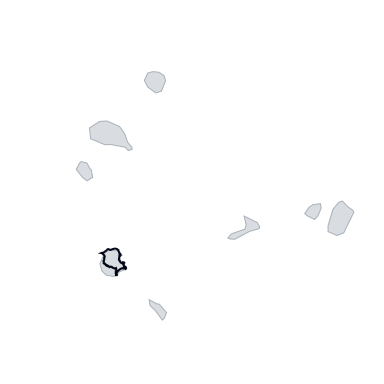 location of Santa Isabel, Boa Vista, Cabo Verde, rotated 144°
{"feature_id": "66160863B6342114798882", "entity_name": "Santa Isabel", "entity_type": "district", "adm_level": 2, "iso_a3": "CPV", "parent_name": "Cabo Verde", "parent_adm1": "Boa Vista", "projection": "robinson", "projection_center": [-22.884, 16.099], "detail": "fine", "context": "in_parent", "style": "outline", "palette": "ink", "viewbox_px": 384, "rotation_deg": 144, "n_neighbors": 0, "source": "geoboundaries", "source_scale": "gbopen_adm2", "svg_char_len": 5157}
<svg xmlns="http://www.w3.org/2000/svg" viewBox="0 0 384 384"><g transform="rotate(144 192 192)"><path d="M242.7,294.7L237.3,304.1L225.3,303.4L219.2,299.5L212.1,287.6L212.3,278.4L214.8,270.4L214.4,263.5L215.4,261.7L219.1,262.9L219.7,267.5L230.5,278.9L234.5,281.2L242.7,294.7ZM88.1,95.2L79.3,97.4L75.7,96.3L74.5,88.1L72.7,82.8L73.1,80.4L93.2,69.8L100.3,71.6L105.2,80.0L101.8,84.7L88.1,95.2ZM290.1,168.2L297.6,170.1L300.4,169.4L305.2,169.8L310.3,175.2L311.3,181.0L308.7,188.1L298.8,194.0L293.1,193.4L286.4,188.0L290.2,177.3L290.1,168.2ZM165.0,310.3L157.9,314.2L153.1,312.5L148.4,308.4L146.2,302.6L148.0,297.5L157.5,291.6L163.1,293.5L166.1,302.7L165.0,310.3ZM185.1,128.6L188.8,131.6L190.0,133.8L184.5,134.9L171.1,130.9L167.6,133.4L164.0,141.9L157.2,129.0L157.7,124.3L159.2,122.9L168.6,126.3L185.1,128.6ZM266.3,281.4L263.8,281.8L260.0,277.2L260.9,270.7L260.5,269.1L263.8,262.2L270.3,262.8L272.0,267.9L272.3,278.3L266.3,281.4ZM113.4,108.4L106.0,110.9L101.5,110.6L94.9,107.0L97.0,103.0L104.1,98.7L109.0,97.7L113.0,105.5L113.4,108.4ZM292.7,124.8L289.9,130.1L286.3,122.3L284.4,120.5L283.5,109.4L288.7,106.1L291.3,105.8L291.3,117.3L292.7,124.8Z" fill="#d9dde1" stroke="#a8b0b8" stroke-width="1"/><path d="M302.2,169.7L302.4,169.4L302.2,169.3L302.0,169.2L301.8,169.5L301.7,169.5L301.6,169.4L301.7,169.0L301.6,168.9L301.4,169.0L301.3,169.3L301.4,169.5L301.2,169.5L301.2,169.8L301.2,170.0L301.2,170.3L300.9,170.5L300.9,170.4L300.9,170.5L300.6,170.8L300.4,170.9L300.2,171.0L299.8,171.2L299.5,171.3L299.2,171.3L298.6,171.5L298.4,171.5L298.2,171.6L297.8,171.7L297.2,171.7L296.2,171.8L295.7,171.8L295.4,171.8L295.2,171.8L294.2,171.7L293.7,171.4L293.3,171.3L292.9,171.2L292.7,171.1L292.5,170.9L292.3,170.6L292.4,170.3L292.3,170.2L292.2,170.2L291.9,170.2L291.7,170.1L291.3,169.7L290.9,169.6L290.8,169.4L290.9,169.1L290.9,168.8L290.4,168.9L290.1,169.1L289.9,169.3L289.8,169.8L290.0,169.9L290.1,170.0L290.1,170.4L290.1,170.7L289.9,170.9L289.9,171.0L290.0,171.2L290.1,171.3L290.4,171.4L290.7,171.5L290.8,171.8L290.7,172.1L290.4,172.2L290.3,172.3L290.2,172.6L290.3,172.6L290.2,172.6L290.3,172.6L290.4,172.8L290.3,173.1L290.2,173.2L290.0,173.3L290.0,173.5L290.0,173.9L289.9,173.9L289.9,174.0L289.6,174.1L289.4,174.3L289.7,174.3L289.8,174.4L289.9,174.6L290.0,174.6L290.3,174.8L290.4,175.2L290.4,175.5L290.7,175.9L291.0,176.5L291.2,177.1L291.2,177.6L291.1,178.0L290.9,178.7L290.9,179.0L291.1,179.3L291.1,179.5L290.9,180.3L290.6,180.6L290.3,180.9L289.7,181.5L289.4,181.9L289.1,182.2L288.7,182.5L288.4,182.6L288.2,182.5L287.8,182.5L287.7,182.8L287.4,182.9L287.4,183.0L287.2,183.1L287.0,183.3L286.9,183.4L287.0,183.5L286.8,183.5L286.8,183.8L286.7,183.8L286.6,183.7L286.6,183.9L286.5,184.0L286.4,184.1L286.5,184.4L286.7,184.6L286.7,184.8L286.8,184.9L286.8,185.1L286.7,185.4L286.4,185.6L286.3,185.9L286.3,186.0L286.2,186.1L286.3,186.5L286.3,186.9L286.1,187.7L285.7,188.3L285.8,188.4L285.9,188.7L286.1,189.1L286.1,189.4L286.2,189.5L286.2,189.9L286.4,190.2L286.7,190.5L287.0,191.0L287.3,191.3L288.1,191.8L289.7,192.4L290.2,192.6L291.1,192.8L292.1,193.1L292.4,193.4L292.6,193.7L292.6,193.9L292.7,194.1L292.8,194.1L293.0,194.5L293.1,194.8L293.3,195.0L293.8,195.3L294.5,195.2L296.0,195.0L297.5,195.0L298.3,195.0L299.5,195.1L299.8,195.2L300.2,195.4L300.3,195.5L300.6,195.6L300.8,195.6L300.8,195.8L301.2,195.9L301.0,195.7L300.9,195.4L300.7,195.3L300.7,195.1L300.6,194.4L300.6,194.2L300.4,193.4L300.4,192.9L300.2,192.5L300.2,192.4L300.1,192.2L300.4,191.7L300.5,191.6L300.4,191.3L300.5,191.1L300.7,190.9L300.8,190.8L301.0,190.9L301.1,190.7L301.3,190.6L301.5,190.6L302.0,190.3L302.2,189.7L302.2,189.4L302.4,189.2L302.5,189.1L302.8,188.8L303.0,188.8L303.1,188.7L303.5,188.4L303.5,188.5L303.8,188.3L304.3,188.2L304.4,187.9L304.4,187.7L304.3,187.4L304.4,187.1L304.8,186.7L305.1,186.5L305.3,186.3L305.2,186.2L305.3,185.9L305.1,185.6L304.9,185.4L304.9,185.2L304.6,185.2L304.6,184.9L304.5,184.7L304.4,184.5L304.5,184.3L304.5,184.2L304.6,183.8L304.4,183.8L304.3,183.6L304.3,183.3L304.4,183.1L304.3,182.9L304.1,182.9L303.9,182.9L303.8,182.7L303.8,182.4L304.1,182.4L304.1,182.1L304.0,181.9L303.6,182.0L303.6,181.8L303.6,181.7L303.2,181.5L303.2,181.2L303.3,181.2L303.2,181.1L303.2,180.9L303.3,180.8L303.2,180.7L302.9,180.5L302.9,179.8L302.6,179.8L302.5,179.7L302.4,179.8L302.2,179.8L302.0,179.6L301.8,179.5L301.7,179.5L301.5,179.4L301.4,179.2L301.3,178.9L301.2,178.8L301.1,178.5L300.9,178.5L300.8,178.3L300.7,178.1L300.7,177.7L300.8,177.4L300.7,177.3L300.4,177.0L300.2,176.9L300.1,176.7L300.0,176.3L299.9,176.2L299.8,175.9L299.6,175.7L299.4,175.6L299.4,175.4L299.2,175.4L299.2,175.5L299.0,175.3L298.9,175.4L298.7,175.3L298.4,175.1L298.2,175.1L298.4,174.5L298.4,174.3L298.6,173.9L298.8,173.8L298.9,173.6L299.1,173.4L299.2,173.1L299.3,173.0L299.5,172.8L299.7,172.5L299.8,172.5L300.0,172.5L300.3,172.1L300.5,172.3L300.8,171.8L301.2,171.5L301.2,171.3L301.3,171.3L301.5,171.2L301.5,170.6L301.7,170.3L301.9,169.9L302.2,169.7ZM288.6,174.5L288.4,174.5L288.4,174.8L288.5,174.9L288.6,175.0L288.8,175.0L288.9,175.5L289.0,175.6L289.3,175.6L289.4,175.8L289.6,175.7L289.7,175.4L289.5,175.2L289.4,175.0L289.3,174.9L289.1,174.9L288.9,174.7L288.7,174.6L288.6,174.5Z" fill="none" stroke="#020617" stroke-width="2"/></g></svg>